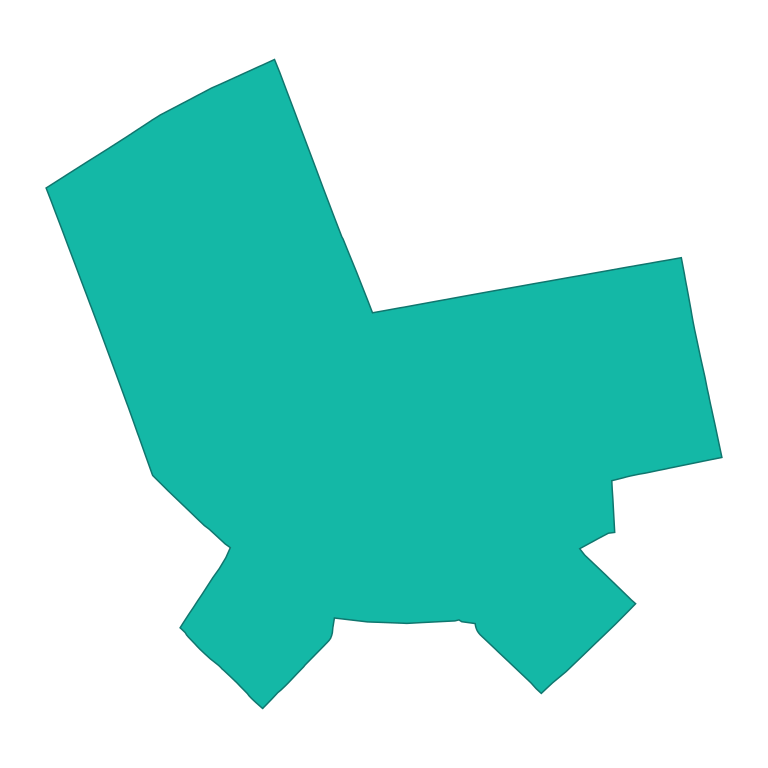 Comuna 7, Ciudad de Buenos Aires, Argentina
{"feature_id": "61730980B96499416001790", "entity_name": "Comuna 7", "entity_type": "district", "adm_level": 2, "iso_a3": "ARG", "parent_name": "Argentina", "parent_adm1": "Ciudad de Buenos Aires", "projection": "mercator", "projection_center": [-58.45, -34.635], "detail": "fine", "context": "isolated", "style": "filled", "palette": "teal", "viewbox_px": 768, "rotation_deg": 0, "n_neighbors": 0, "source": "geoboundaries", "source_scale": "gbopen_adm2", "svg_char_len": 3875}
<svg xmlns="http://www.w3.org/2000/svg" viewBox="0 0 768 768"><path d="M46.1,188.0L51.0,200.6L55.9,213.6L56.7,215.7L62.5,230.9L68.1,245.9L75.2,264.6L81.1,280.4L86.6,294.9L90.3,304.8L91.5,307.8L92.2,309.7L99.9,330.2L107.5,350.8L114.9,370.8L121.4,388.5L127.0,403.8L128.0,406.4L133.2,420.9L137.7,433.7L138.6,436.0L143.1,448.7L143.6,450.1L144.4,452.4L152.0,473.7L152.7,475.5L168.2,490.9L182.4,504.5L184.2,506.2L198.0,519.5L200.1,521.5L204.4,525.6L207.1,527.6L209.2,529.2L216.4,535.8L225.1,543.9L228.2,546.1L229.7,547.2L230.3,547.7L225.9,557.6L219.3,568.6L212.8,577.7L201.9,594.6L197.7,600.8L196.6,602.5L195.5,604.2L193.5,607.3L189.3,613.5L182.8,623.5L180.1,627.8L180.4,628.1L180.9,628.5L185.2,632.6L186.6,635.0L187.4,635.9L188.3,637.0L195.0,644.0L196.9,646.1L200.1,649.4L205.2,654.2L210.5,659.0L218.6,665.4L220.8,667.5L221.9,668.8L223.7,670.3L232.0,678.1L235.6,681.6L236.2,682.1L236.5,682.4L240.3,686.4L242.4,688.5L247.4,693.6L249.1,695.9L249.3,696.1L251.4,698.3L253.8,700.6L256.4,703.0L262.5,708.4L262.7,708.5L263.1,708.1L263.3,707.7L264.0,707.1L271.7,699.2L277.0,693.5L277.6,692.8L281.0,690.0L285.3,685.9L288.3,682.9L292.3,678.7L297.3,673.4L303.6,666.9L305.0,665.1L323.1,646.7L324.0,645.8L325.7,644.0L325.8,643.9L326.2,643.5L326.8,642.9L329.1,640.4L329.8,639.4L330.6,638.3L330.8,637.7L331.6,635.7L332.2,633.4L332.4,632.4L332.8,628.1L332.9,627.2L333.2,625.7L333.6,623.0L334.4,618.0L344.5,619.2L350.5,619.9L356.5,620.6L367.5,621.9L373.0,622.1L379.2,622.3L402.9,623.2L406.7,623.4L421.1,622.6L454.9,620.9L459.0,619.9L461.7,621.7L472.7,623.2L475.2,623.6L475.5,625.9L475.9,627.3L476.0,627.8L476.2,628.2L476.6,629.4L477.2,630.7L477.8,631.7L478.4,632.6L479.1,633.5L479.8,634.3L480.3,634.9L481.4,635.9L481.8,636.3L482.3,636.8L483.5,637.9L496.2,649.9L497.4,651.1L511.5,664.4L522.9,675.2L530.9,682.8L536.2,688.7L540.3,692.5L541.3,693.4L546.5,688.5L552.6,682.8L566.0,671.7L578.0,660.2L585.8,652.7L595.2,643.6L603.7,635.5L615.5,624.1L615.7,623.9L628.7,610.8L635.6,603.7L634.7,602.9L633.6,601.9L631.4,600.0L630.8,599.4L630.5,599.1L616.5,585.5L615.7,584.7L608.4,577.7L605.6,574.9L604.0,573.4L594.1,564.0L584.9,555.3L583.7,553.8L579.7,548.7L596.9,539.3L597.6,538.9L608.4,533.2L614.7,532.4L613.9,517.9L613.4,508.8L612.9,499.5L612.2,489.1L611.8,480.7L614.6,480.0L623.3,477.8L626.5,476.9L628.6,476.4L629.4,476.2L629.8,476.1L631.2,475.8L639.4,474.1L641.9,473.7L643.0,473.5L644.3,473.3L646.9,472.8L650.3,472.1L658.8,470.3L661.4,469.8L665.9,468.9L669.8,468.0L673.0,467.4L681.2,465.7L688.6,464.2L702.3,461.4L703.5,461.1L704.2,461.0L721.9,457.4L718.6,441.8L715.1,425.2L712.1,411.5L711.7,409.5L710.8,405.6L709.1,397.6L709.1,397.2L707.2,388.6L704.9,376.9L700.9,359.1L700.4,356.8L697.5,343.1L696.6,338.9L694.6,329.6L693.8,325.5L693.2,322.5L692.6,319.2L691.6,313.6L691.0,309.9L690.5,307.2L688.1,294.0L687.6,291.4L686.8,287.0L686.3,284.6L685.0,277.6L684.5,274.5L681.3,257.7L677.3,258.4L671.9,259.4L663.8,260.8L661.3,261.2L645.5,264.0L629.3,266.8L611.9,269.9L609.3,270.4L593.4,273.2L581.7,275.3L570.7,277.2L551.7,280.6L534.0,283.7L522.4,285.8L494.6,290.7L480.1,293.3L460.8,296.8L441.1,300.4L436.6,301.2L423.0,303.7L414.2,305.3L411.5,305.8L403.9,307.2L400.1,307.8L385.9,310.4L372.5,312.8L367.3,299.3L365.9,295.8L360.1,281.1L358.8,277.8L356.4,271.7L349.3,254.4L343.1,239.1L342.1,237.3L341.9,237.0L335.2,219.6L332.7,213.1L329.3,204.1L322.9,187.3L316.5,170.1L309.7,152.0L302.2,132.1L301.3,129.8L295.5,114.2L290.1,99.9L286.3,89.9L279.7,72.3L274.5,59.5L266.0,63.4L262.8,64.9L259.3,66.4L244.4,73.2L229.9,79.8L227.8,80.8L216.2,86.0L213.2,87.3L212.1,87.8L211.2,88.2L210.3,88.7L198.7,94.8L197.0,95.7L184.9,102.1L183.5,102.8L168.6,110.6L160.2,115.0L158.2,116.3L154.5,118.6L151.4,120.5L151.1,120.8L147.9,122.9L138.4,129.1L125.8,137.4L123.1,139.1L110.3,147.3L108.5,148.5L106.7,149.6L91.1,159.4L87.1,161.9L74.8,169.7L71.7,171.7L68.2,173.9L59.3,179.6L46.1,188.0Z" fill="#14b8a6" stroke="#0f766e" stroke-width="1.5"/></svg>